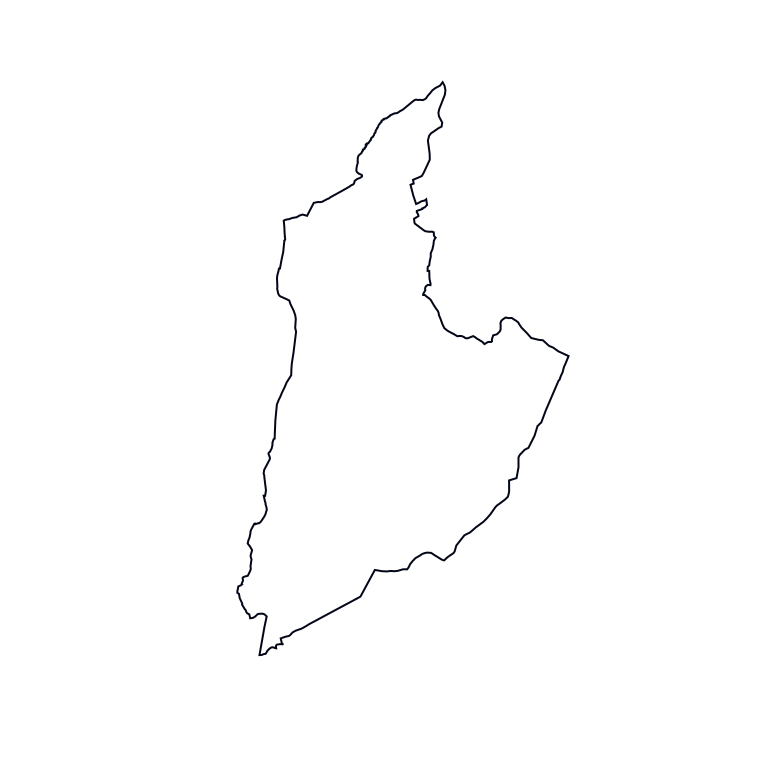 Carpinet, Bihor, Romania (Robinson projection), rotated 295°
{"feature_id": "2599482B57966099194039", "entity_name": "Carpinet", "entity_type": "district", "adm_level": 2, "iso_a3": "ROU", "parent_name": "Romania", "parent_adm1": "Bihor", "projection": "robinson", "projection_center": [22.479, 46.428], "detail": "fine", "context": "isolated", "style": "outline", "palette": "ink", "viewbox_px": 768, "rotation_deg": 295, "n_neighbors": 0, "source": "geoboundaries", "source_scale": "gbopen_adm2", "svg_char_len": 6153}
<svg xmlns="http://www.w3.org/2000/svg" viewBox="0 0 768 768"><g transform="rotate(295 384 384)"><path d="M487.3,539.5L487.3,528.2L488.5,521.9L488.3,517.5L490.8,509.5L489.4,505.5L487.9,498.0L490.7,491.6L493.2,484.8L495.1,481.6L496.6,479.5L497.2,476.7L497.5,473.8L497.8,472.4L497.7,471.5L497.0,470.4L496.2,468.6L496.0,467.4L495.6,466.1L492.8,464.4L490.9,463.6L488.5,463.8L485.9,465.2L482.5,466.7L480.5,466.7L476.9,465.4L474.2,462.4L470.2,462.9L468.4,463.8L467.5,463.5L466.3,460.9L465.5,460.1L462.6,458.2L463.7,455.5L464.3,450.7L464.3,449.6L464.9,446.8L465.1,444.6L460.8,440.5L460.3,439.5L460.0,438.3L460.4,436.3L460.2,433.9L459.4,432.0L458.3,430.3L458.8,425.5L458.8,423.5L459.1,419.3L460.1,415.1L462.9,411.7L467.4,407.2L469.4,404.9L471.8,403.2L472.9,401.9L475.1,398.0L477.9,393.8L479.8,391.1L480.5,389.4L481.3,385.4L481.9,383.4L481.2,381.9L482.0,381.5L486.5,381.8L487.6,381.0L488.7,380.7L489.6,380.6L490.9,381.0L492.4,381.9L493.2,384.3L494.3,384.0L498.7,380.7L505.6,377.2L504.9,375.7L508.4,374.2L510.8,374.8L514.5,373.6L519.0,372.6L522.3,371.1L527.2,370.9L527.9,370.6L530.6,370.1L534.8,368.7L537.0,368.7L538.4,369.0L538.8,367.9L539.4,366.8L540.6,366.0L542.5,365.0L542.4,363.4L542.0,362.4L541.4,361.4L540.7,359.6L539.9,356.7L540.2,354.6L542.4,344.3L543.1,343.4L546.5,341.4L550.7,344.3L552.0,343.4L553.7,341.0L554.7,340.6L558.8,344.8L559.3,344.5L561.5,346.4L563.6,347.0L564.4,347.4L569.2,344.2L568.5,343.9L567.3,343.1L565.5,340.8L562.2,338.4L560.7,337.0L567.4,330.7L575.8,323.8L578.2,326.2L581.3,324.0L585.9,328.2L588.6,330.4L592.7,330.7L606.6,330.7L612.1,328.0L623.2,320.9L628.0,320.0L630.9,320.6L639.2,325.5L641.6,327.4L645.5,326.3L649.8,320.7L652.8,318.7L656.3,317.9L671.9,316.9L676.3,315.5L679.8,312.9L682.3,309.6L678.1,308.7L673.8,305.4L670.5,303.7L666.4,302.7L663.9,301.9L660.7,301.4L659.3,300.6L657.7,299.2L656.9,296.9L655.9,295.0L655.2,292.8L654.4,291.8L651.3,290.2L640.6,285.1L637.9,283.1L635.6,281.8L634.7,280.9L633.9,279.4L632.5,278.0L631.9,277.6L631.1,276.9L631.0,276.7L630.0,276.2L629.8,275.9L629.2,276.0L628.9,275.6L627.7,275.1L627.4,274.7L626.0,274.2L625.7,273.5L625.3,273.3L624.5,272.2L624.1,272.2L624.1,271.8L623.8,271.6L623.4,271.8L621.8,270.6L621.4,270.6L620.8,271.0L620.4,270.6L619.5,270.6L618.9,270.2L617.7,270.2L617.0,269.8L615.3,269.8L614.7,269.9L613.5,269.9L613.2,269.6L612.2,269.7L610.2,269.4L609.5,269.5L609.2,269.8L608.1,269.9L607.8,269.7L606.8,269.4L605.8,269.7L604.7,269.7L603.5,269.3L602.9,269.4L602.2,268.8L601.0,268.5L600.5,268.6L600.3,268.8L599.1,268.9L598.6,268.5L595.8,268.1L595.3,267.9L595.0,267.4L594.8,267.3L594.9,266.9L594.1,266.5L593.2,266.8L593.0,266.4L592.7,266.6L592.8,266.8L592.4,266.7L592.1,266.8L591.9,267.0L592.1,267.3L591.6,267.3L591.6,267.0L590.9,267.1L589.9,266.7L589.6,267.1L588.5,266.8L588.2,266.4L587.6,265.8L586.5,266.3L585.8,265.9L583.9,266.0L581.0,264.7L579.9,264.4L577.7,264.7L575.3,265.8L574.4,266.0L573.8,266.7L569.6,267.4L566.2,268.5L565.4,269.0L564.5,270.2L564.0,272.2L564.1,272.8L564.0,275.7L563.1,276.3L562.6,276.3L560.9,275.4L558.4,273.0L556.1,271.8L555.4,271.6L554.3,272.0L552.1,271.9L551.1,271.1L550.4,270.4L548.5,269.4L545.0,267.0L530.3,256.3L529.2,255.9L527.5,254.3L523.1,251.0L522.1,249.7L521.6,248.7L521.2,247.5L518.5,243.8L503.9,243.2L503.2,238.7L500.8,236.0L499.9,235.7L499.4,235.1L498.0,234.1L496.4,231.6L494.7,229.6L493.8,228.9L493.7,228.6L493.1,228.1L492.2,226.5L491.7,226.1L491.1,225.2L489.7,224.1L484.4,227.2L477.9,230.6L476.2,231.7L475.6,231.8L474.3,232.8L473.0,233.4L471.8,233.0L471.0,233.5L469.8,233.8L461.0,236.9L453.9,238.5L444.7,240.9L444.2,240.0L442.0,240.6L437.3,241.4L434.5,242.4L427.0,246.3L425.4,246.8L421.2,249.9L419.9,251.8L419.6,253.0L419.7,260.5L419.6,262.9L417.0,265.3L412.2,271.2L408.8,274.5L405.6,276.6L397.3,279.8L394.3,282.2L374.3,288.7L363.6,291.8L358.8,293.6L352.7,296.2L344.1,295.1L339.6,295.3L332.6,295.2L328.7,295.4L324.8,295.3L320.1,295.6L304.9,301.0L288.2,308.0L287.8,307.5L287.3,307.3L283.7,307.7L281.3,308.8L279.3,309.1L278.7,309.4L274.5,309.3L272.9,308.6L272.1,308.7L271.9,308.8L269.4,311.4L268.4,312.0L267.5,312.3L255.6,311.7L252.1,312.7L250.5,314.1L247.9,315.6L237.7,322.0L232.4,323.5L231.9,322.2L228.0,325.2L225.9,327.0L224.9,327.5L222.7,329.5L220.4,331.0L219.7,331.1L219.1,331.1L217.8,331.2L216.9,331.5L216.1,331.6L213.2,331.5L208.3,330.8L206.3,330.3L204.8,329.4L204.8,328.9L202.7,326.8L203.1,326.3L202.7,325.7L202.1,325.5L196.5,325.2L193.9,325.3L192.9,325.8L188.3,327.0L184.8,327.2L181.8,327.9L180.3,330.9L177.7,334.7L172.4,335.5L171.1,336.2L168.7,338.3L167.8,338.4L162.5,340.0L160.2,341.4L157.9,341.7L152.7,341.6L151.7,340.6L151.2,339.8L150.1,338.6L149.0,337.9L148.5,337.8L146.4,339.2L145.5,339.4L144.4,339.3L142.6,339.5L142.4,340.0L140.9,339.2L139.0,337.6L138.5,337.5L137.0,338.1L134.5,338.6L132.8,339.3L132.5,341.3L129.1,343.6L125.0,348.4L124.1,348.6L123.9,348.8L122.6,350.8L121.2,352.8L120.8,353.9L119.2,355.6L118.4,356.8L118.3,359.2L116.9,360.4L115.1,361.7L116.6,364.0L118.8,365.5L121.9,366.7L123.0,368.0L124.6,371.2L124.7,373.0L123.8,375.9L113.4,378.3L85.7,385.7L86.7,387.6L88.6,389.4L89.4,390.7L91.2,391.0L92.7,391.0L95.6,392.0L97.6,393.2L98.3,394.2L98.6,395.9L98.7,397.5L98.9,398.0L99.9,397.3L100.9,396.8L101.7,396.8L102.6,397.2L104.3,399.7L105.2,401.8L105.4,402.9L105.7,401.1L109.8,397.9L113.2,401.4L115.4,404.2L116.6,405.0L120.2,406.1L123.2,408.3L127.6,412.8L131.5,415.6L134.9,417.8L181.3,452.5L211.6,454.3L213.6,461.6L215.5,466.1L217.2,468.7L218.8,472.7L220.6,475.6L223.9,479.3L224.9,481.1L225.8,483.3L228.3,483.8L231.8,483.8L235.7,484.8L239.5,486.1L243.4,488.9L245.4,490.0L246.9,491.2L248.4,492.9L249.5,494.5L250.2,496.5L250.8,497.8L250.8,498.7L250.4,500.9L249.3,510.1L249.3,512.1L249.6,513.1L253.2,514.5L255.0,515.4L260.0,518.4L262.0,518.8L268.2,517.8L280.9,520.8L285.8,524.7L293.0,527.9L301.1,532.3L306.0,534.1L311.0,535.5L319.5,537.0L322.0,537.9L324.2,539.2L330.6,542.6L334.1,543.9L336.3,543.6L339.8,542.7L349.5,538.1L354.7,543.9L365.4,541.1L374.1,537.0L376.0,536.9L377.4,537.1L383.9,539.3L387.2,541.9L400.7,542.3L411.0,540.9L411.8,541.4L413.6,541.9L414.7,542.5L416.0,542.8L428.2,541.8L460.7,540.8L462.2,541.3L465.8,540.9L470.2,540.9L475.4,539.9L479.1,539.9L487.3,539.5Z" fill="none" stroke="#020617" stroke-width="2"/></g></svg>